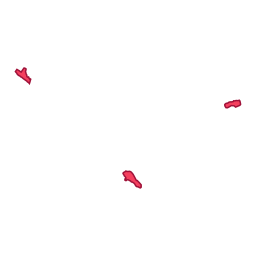 Mu'omu'a, Tonga (Natural Earth projection)
{"feature_id": "48082658B47092597141072", "entity_name": "Mu'omu'a", "entity_type": "district", "adm_level": 2, "iso_a3": "TON", "parent_name": "Tonga", "parent_adm1": "", "projection": "natural_earth1", "projection_center": [-174.718, -20.295], "detail": "fine", "context": "isolated", "style": "filled", "palette": "rose", "viewbox_px": 256, "rotation_deg": 0, "n_neighbors": 0, "source": "geoboundaries", "source_scale": "gbopen_adm2", "svg_char_len": 1600}
<svg xmlns="http://www.w3.org/2000/svg" viewBox="0 0 256 256"><path d="M130.8,171.8L130.7,171.7L129.5,171.3L128.0,171.5L126.7,171.4L125.9,171.0L124.9,171.8L123.4,172.6L123.0,173.3L123.4,174.2L124.0,175.1L124.4,175.9L124.4,176.0L124.8,176.3L125.3,176.9L125.7,177.5L125.9,178.3L125.0,178.9L124.9,179.7L124.9,180.1L125.7,180.6L126.2,180.5L126.1,180.0L127.2,179.8L128.6,179.9L129.3,180.5L130.5,180.9L131.0,181.6L131.5,182.0L132.3,182.1L133.6,182.8L134.7,183.9L135.4,185.2L135.9,186.0L136.9,186.7L138.4,186.9L138.9,187.3L139.4,187.6L140.4,187.9L140.8,187.6L141.1,187.3L141.2,186.5L141.0,186.3L141.2,185.6L141.1,184.7L140.8,184.4L139.6,183.0L137.7,181.0L137.2,180.5L136.5,180.5L136.1,180.0L134.5,176.9L133.3,174.7L132.5,173.5L131.3,172.2L130.8,171.8ZM26.8,75.8L26.8,75.1L26.1,73.9L25.8,72.5L25.5,71.9L25.9,70.0L26.1,69.0L25.4,68.5L24.8,68.1L23.9,68.1L23.0,69.4L21.1,72.1L19.0,70.6L18.4,70.3L16.9,69.4L16.2,70.4L15.4,71.6L16.9,73.4L17.3,74.3L17.9,74.7L18.3,75.3L19.9,76.0L20.6,76.8L21.8,77.3L23.0,78.4L24.2,79.3L26.8,81.1L27.4,81.9L28.5,82.5L29.4,83.6L29.8,82.4L30.4,80.2L30.7,79.2L30.0,78.7L29.6,79.0L28.9,78.0L28.8,77.2L28.4,76.9L27.4,77.1L27.0,76.7L26.8,75.8ZM233.0,101.6L231.8,101.9L230.4,101.9L229.1,102.1L227.5,103.2L226.2,103.3L224.8,104.4L224.8,105.4L225.1,106.4L226.0,107.7L227.4,107.8L228.8,107.1L231.3,105.6L233.9,105.8L234.2,105.9L235.6,107.1L238.0,106.1L239.9,105.3L240.6,104.3L240.4,103.1L240.2,102.2L239.8,101.5L240.0,101.2L239.7,100.7L239.2,100.2L238.3,100.6L237.2,100.6L236.1,100.5L234.8,100.9L233.6,100.8L233.2,101.6L233.0,101.6Z" fill="#f43f5e" stroke="#9f1239" stroke-width="1.5"/></svg>